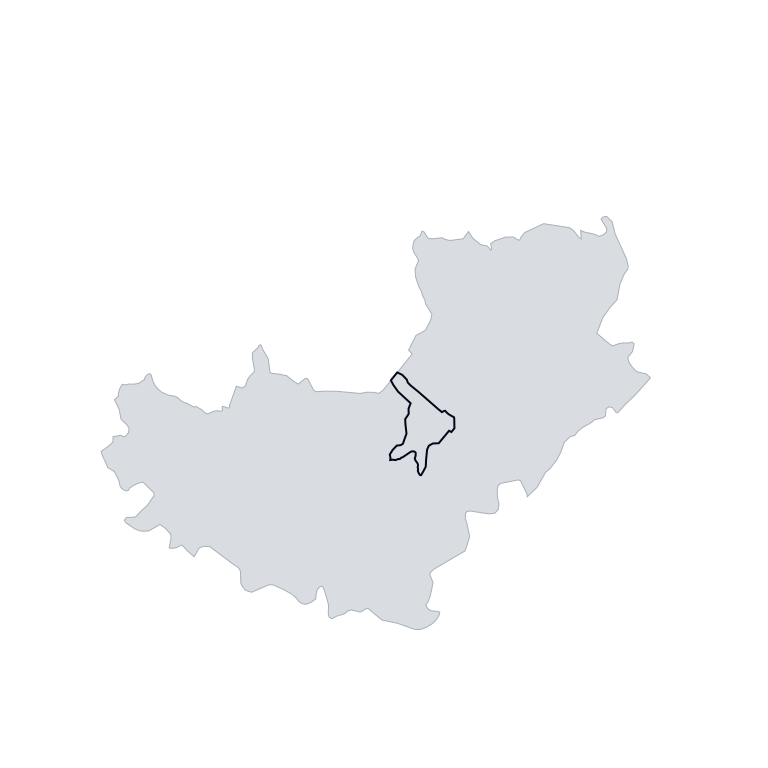 Dabola on a map of Guinea (Albers equal-area conic projection), rotated 129°
{"feature_id": "GIN-5632", "entity_name": "Dabola", "entity_type": "Prefecture", "adm_level": 1, "iso_a3": "GIN", "parent_name": "Guinea", "parent_adm1": "", "projection": "albers", "projection_center": [-11.021, 10.553], "detail": "fine", "context": "in_parent", "style": "outline", "palette": "ink", "viewbox_px": 768, "rotation_deg": 129, "n_neighbors": 0, "source": "natural_earth", "source_scale": "10m", "svg_char_len": 4944}
<svg xmlns="http://www.w3.org/2000/svg" viewBox="0 0 768 768"><g transform="rotate(129 384 384)"><path d="M462.6,493.2L456.9,492.5L454.4,493.6L446.9,502.4L442.4,505.9L435.4,504.8L432.9,505.4L431.0,504.4L433.6,499.6L437.2,489.9L446.4,480.2L446.6,478.2L442.8,472.5L438.8,464.8L438.8,456.5L438.0,450.6L429.9,448.9L428.4,447.9L428.2,445.9L432.8,435.6L433.1,433.5L432.5,431.6L427.5,426.3L419.7,416.6L406.3,396.5L401.3,392.3L396.5,386.1L394.7,382.2L389.8,380.8L343.0,381.0L342.2,386.2L326.1,389.7L316.1,385.6L305.1,387.9L299.7,390.6L295.5,402.3L293.2,404.8L290.8,410.0L288.6,412.9L286.2,418.6L280.9,426.8L275.3,432.1L265.9,435.0L262.9,443.6L260.8,446.8L257.1,449.3L253.2,450.9L245.6,449.2L241.3,450.7L240.6,448.6L243.0,441.7L241.1,438.1L233.8,430.9L233.2,427.5L230.9,423.0L221.3,413.8L212.3,414.3L214.9,406.6L214.8,396.4L211.8,390.8L212.6,385.1L211.0,385.5L207.9,389.4L203.1,388.1L193.3,381.9L188.4,376.0L187.8,371.0L186.8,369.0L183.7,370.0L177.6,369.9L158.9,360.8L145.8,338.2L145.5,333.1L147.5,324.4L147.1,322.0L140.9,327.8L139.8,323.9L135.2,314.8L133.9,309.6L129.5,307.3L125.9,306.8L123.1,308.5L119.3,319.0L116.5,318.9L113.7,316.6L114.4,308.7L121.8,299.0L134.1,274.4L138.5,268.7L141.2,266.8L146.9,266.6L158.1,263.4L171.8,255.9L182.2,256.5L194.5,255.7L210.7,250.6L211.0,233.9L210.5,230.2L204.8,226.8L201.5,223.9L198.7,220.2L195.2,217.5L195.4,214.8L202.5,211.3L209.0,211.4L211.2,210.0L212.8,207.7L214.7,201.7L215.4,195.4L211.2,186.8L211.5,180.8L235.0,181.9L247.9,183.6L258.5,184.2L260.1,185.5L258.6,191.4L260.0,194.8L263.5,195.8L269.5,191.8L272.6,192.7L279.1,197.8L285.2,199.2L291.9,202.0L298.2,203.6L303.8,203.4L308.0,206.3L315.9,207.2L326.0,203.6L334.0,202.0L345.2,201.7L351.0,202.9L368.1,200.0L381.5,201.7L379.4,203.7L373.3,217.0L374.0,219.3L387.6,230.6L390.8,231.5L394.5,229.9L400.4,224.7L405.0,219.1L409.5,216.3L414.7,216.5L418.8,220.5L428.5,237.2L431.0,239.3L433.3,239.2L437.5,236.1L439.7,232.5L448.7,221.4L462.6,215.9L495.6,228.4L500.5,229.4L503.4,228.4L507.4,220.9L519.9,214.5L525.8,212.7L529.2,212.5L530.5,210.4L531.1,207.4L530.4,204.2L526.6,198.6L526.4,196.9L528.6,195.8L533.4,195.0L539.5,195.5L546.4,197.9L552.1,201.4L555.3,205.6L561.6,223.2L568.7,237.0L568.5,255.5L571.6,257.4L575.0,258.1L576.6,259.6L580.1,267.2L583.3,269.4L587.1,269.9L594.3,274.7L598.9,276.6L599.6,278.1L599.5,280.1L597.7,282.7L590.8,287.9L587.4,292.3L580.4,302.9L580.2,304.8L581.7,306.2L584.7,306.5L587.8,305.7L594.2,301.8L599.4,303.2L604.3,306.0L606.1,309.1L606.6,313.1L605.5,318.2L605.4,324.0L607.2,333.8L609.8,343.5L612.4,347.1L628.9,355.6L630.5,358.8L631.4,362.4L630.2,367.4L628.6,370.2L619.6,378.0L618.3,381.6L619.0,388.4L620.0,417.1L623.5,421.9L627.8,424.4L637.7,422.9L637.5,430.9L636.3,439.8L642.1,442.5L645.0,445.2L646.6,447.7L637.6,452.6L634.9,455.4L633.8,462.9L634.1,469.7L646.5,474.5L651.3,480.3L653.4,486.2L654.3,497.5L653.2,500.1L650.0,500.2L643.7,493.4L634.2,492.7L627.1,491.5L615.3,492.5L613.3,494.6L612.0,509.6L614.9,512.1L620.6,514.9L624.3,516.1L627.4,515.7L629.7,517.5L630.3,522.5L628.7,526.1L625.7,529.5L621.8,538.2L622.7,546.1L616.2,558.9L614.3,561.4L605.4,558.9L599.6,558.2L595.5,561.4L589.7,556.5L588.6,552.7L586.5,551.9L582.6,551.9L579.0,554.1L577.5,558.1L576.8,566.2L570.3,574.0L565.8,583.6L560.6,582.8L559.4,583.9L553.8,586.5L549.0,587.2L547.7,584.6L544.9,582.6L541.7,578.5L538.2,575.2L531.4,573.0L528.7,574.0L525.5,573.8L523.3,572.5L523.6,570.5L527.2,565.5L529.2,560.9L530.3,555.8L530.2,551.1L528.3,544.3L525.2,539.0L524.4,535.9L524.8,531.4L524.0,527.3L523.0,525.2L521.6,517.4L519.8,516.0L518.7,509.8L519.0,503.4L516.3,501.0L512.2,499.2L509.7,496.7L508.2,493.9L506.7,493.1L505.5,493.3L504.3,495.0L502.9,495.4L500.5,489.4L499.5,489.2L497.8,490.6L478.7,497.3L476.3,491.6L472.6,490.6L466.3,492.9L462.6,493.2Z" fill="#d9dde1" stroke="#a8b0b8" stroke-width="1"/><path d="M376.9,380.9L374.3,381.0L366.7,381.0L365.4,375.5L366.3,368.9L367.9,366.5L368.4,362.5L368.4,352.9L369.4,325.8L369.4,321.3L367.1,320.3L366.3,319.6L366.5,319.1L366.8,316.1L366.7,313.7L365.8,308.7L366.4,307.9L366.7,307.6L367.3,307.1L374.1,301.4L378.9,301.4L379.4,304.0L395.6,304.2L397.2,306.0L399.6,308.7L403.8,310.3L407.9,309.2L416.1,303.8L422.0,299.5L427.5,298.4L431.5,297.8L432.1,298.7L432.0,299.4L430.9,302.0L430.4,302.8L429.9,303.3L429.6,303.4L428.9,303.8L428.2,304.5L427.7,305.2L427.3,305.6L426.9,305.8L426.1,306.1L425.9,306.3L424.9,307.4L424.6,308.0L424.4,308.5L423.9,310.5L423.2,312.2L422.7,313.0L422.3,313.4L421.4,313.6L420.7,313.9L419.7,314.4L417.8,315.8L417.4,316.4L417.3,317.1L417.4,317.8L417.7,318.5L418.2,319.2L418.8,319.8L419.7,320.5L429.5,323.5L430.1,324.0L430.4,324.2L430.8,324.3L431.9,324.4L432.3,324.5L432.7,324.8L433.4,325.7L433.7,326.0L435.5,326.9L435.9,327.2L436.2,327.6L437.1,329.3L437.4,329.6L439.2,331.3L437.4,332.4L435.2,335.1L429.7,335.8L423.8,335.3L421.1,332.6L418.5,331.7L413.6,333.5L408.4,335.3L402.0,341.8L398.0,345.4L391.7,346.0L387.7,349.4L382.2,351.2L381.1,368.2L378.9,376.0L376.9,380.9Z" fill="none" stroke="#020617" stroke-width="2"/></g></svg>